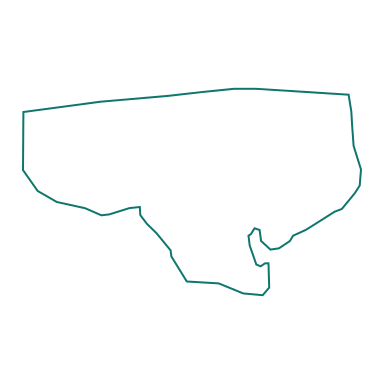 Banibangou, Tillabéri, Niger (Natural Earth projection)
{"feature_id": "23599985B31350615327928", "entity_name": "Banibangou", "entity_type": "district", "adm_level": 2, "iso_a3": "NER", "parent_name": "Niger", "parent_adm1": "Tillabéri", "projection": "natural_earth1", "projection_center": [2.571, 15.036], "detail": "fine", "context": "isolated", "style": "outline", "palette": "teal", "viewbox_px": 384, "rotation_deg": 0, "n_neighbors": 0, "source": "geoboundaries", "source_scale": "gbopen_adm2", "svg_char_len": 717}
<svg xmlns="http://www.w3.org/2000/svg" viewBox="0 0 384 384"><path d="M289.9,241.0L293.1,235.7L306.0,229.8L317.6,222.5L334.6,211.7L341.8,209.0L354.8,193.2L359.7,185.6L361.0,169.5L353.6,145.9L352.2,126.5L351.3,111.4L348.6,94.7L255.9,88.8L233.9,88.8L202.3,92.0L168.8,95.8L100.5,101.7L23.4,112.0L23.0,170.1L37.7,191.0L56.8,202.0L85.1,208.2L101.4,215.3L109.3,214.4L129.4,208.1L139.8,207.0L140.3,215.1L146.8,223.7L156.6,233.3L170.6,250.4L171.4,256.5L186.8,281.5L218.7,283.4L243.1,293.4L262.7,295.2L269.2,287.6L268.5,263.3L265.1,263.3L260.6,266.3L256.3,264.5L249.7,245.5L248.5,235.7L250.8,234.2L254.6,228.3L259.6,230.0L261.1,241.0L270.5,249.6L279.0,248.3L289.9,241.0Z" fill="none" stroke="#0f766e" stroke-width="2"/></svg>